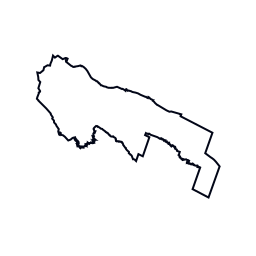 Valles pag., Vecumnieku, Latvia (Natural Earth projection), rotated 36°
{"feature_id": "27541924B9104709044918", "entity_name": "Valles pag.", "entity_type": "district", "adm_level": 2, "iso_a3": "LVA", "parent_name": "Latvia", "parent_adm1": "Vecumnieku", "projection": "natural_earth1", "projection_center": [24.836, 56.515], "detail": "fine", "context": "isolated", "style": "outline", "palette": "ink", "viewbox_px": 256, "rotation_deg": 36, "n_neighbors": 0, "source": "geoboundaries", "source_scale": "gbopen_adm2", "svg_char_len": 5878}
<svg xmlns="http://www.w3.org/2000/svg" viewBox="0 0 256 256"><g transform="rotate(36 128 128)"><path d="M234.0,136.9L224.7,105.2L218.8,103.6L216.2,103.1L214.1,103.0L211.7,103.1L205.3,103.0L199.1,82.2L163.7,87.6L163.1,85.6L162.3,85.9L162.4,86.2L162.1,86.2L162.1,86.4L160.9,86.4L153.3,89.2L151.9,90.5L148.8,91.1L138.4,92.0L138.2,92.2L135.3,91.9L133.4,91.4L132.1,91.4L132.0,90.9L131.8,91.1L130.6,90.9L129.2,91.3L128.7,91.1L127.5,91.1L127.3,90.9L126.2,91.0L126.5,92.1L125.4,92.3L124.2,92.2L123.7,92.6L118.5,93.8L115.8,94.1L113.4,94.9L110.3,96.3L109.1,96.4L106.3,97.4L106.0,98.0L105.1,97.9L103.9,97.5L103.7,97.6L103.7,97.9L104.2,99.4L102.6,99.3L100.6,99.5L100.2,100.0L94.9,101.1L92.3,104.3L91.4,104.8L91.4,105.0L88.6,106.9L87.0,107.5L86.2,107.5L83.7,108.6L81.0,109.1L80.9,109.3L78.6,108.7L77.5,108.6L77.5,108.8L75.7,108.3L74.9,108.8L74.1,108.6L70.6,109.1L68.2,108.8L61.7,105.8L59.0,105.0L56.2,104.7L54.1,104.9L53.9,105.5L52.7,105.4L51.4,107.1L48.8,109.7L48.9,109.9L47.8,110.8L46.1,110.9L45.6,111.1L38.9,110.8L37.9,109.7L38.9,109.3L38.4,107.4L37.2,107.6L36.3,108.1L34.7,110.7L28.9,110.7L28.6,110.9L27.5,114.0L24.8,113.5L26.7,118.2L27.5,121.7L28.3,123.3L26.0,124.6L24.8,127.4L24.4,128.0L25.6,131.0L24.5,135.2L22.0,136.4L25.5,139.6L27.3,141.8L30.0,142.4L32.1,148.5L35.2,149.8L35.5,150.3L35.0,151.6L35.3,151.7L36.5,156.3L37.1,157.9L39.3,158.3L39.4,158.5L50.3,160.2L57.0,161.7L57.6,162.4L60.9,163.6L61.2,165.0L63.7,165.5L65.0,167.0L67.7,167.5L68.6,168.2L72.6,169.6L73.6,171.8L76.2,173.8L76.9,173.7L76.8,173.3L75.7,173.0L74.8,172.3L74.8,172.0L75.7,171.5L76.5,171.6L76.4,171.9L77.6,173.0L79.7,172.1L82.1,172.2L87.0,173.2L88.4,171.1L88.9,169.0L89.3,168.2L90.7,166.6L91.3,167.1L91.2,167.3L91.9,167.4L91.6,168.0L91.3,167.9L91.1,167.4L90.8,167.6L90.8,167.9L91.7,168.7L93.1,169.1L94.2,169.0L95.2,168.7L94.0,168.1L93.9,167.9L94.2,167.8L96.1,168.3L96.3,168.5L96.2,168.6L95.8,168.7L96.6,169.2L95.7,169.5L95.6,169.8L96.4,170.0L96.5,170.3L96.2,170.6L97.0,170.7L96.9,171.0L96.4,171.3L97.1,171.9L97.9,171.4L98.6,171.8L98.8,171.3L99.3,171.2L99.4,171.4L99.1,172.0L100.2,171.5L100.9,172.3L101.4,172.3L101.4,172.0L100.9,171.6L100.8,171.3L102.1,170.9L102.4,170.7L101.1,170.6L101.0,170.4L102.0,169.8L102.3,170.2L102.9,170.2L102.8,169.3L103.4,169.1L103.5,167.7L103.8,167.7L103.7,167.9L103.8,168.0L104.5,167.5L103.8,167.4L103.7,167.2L104.7,167.0L104.4,166.8L104.4,166.5L103.8,166.6L103.3,166.1L103.9,165.9L103.7,165.4L104.0,165.1L104.6,165.6L104.9,165.5L104.9,165.0L104.4,164.6L104.6,164.0L104.3,163.8L104.5,163.7L104.9,163.8L105.3,163.7L104.9,163.4L105.5,163.4L105.4,163.1L105.5,162.9L106.4,162.4L106.7,162.0L106.6,161.4L107.5,161.5L108.4,160.8L108.0,160.7L107.9,160.3L108.5,160.6L108.6,160.1L108.1,160.2L108.0,159.9L108.6,159.6L107.5,159.2L108.1,159.1L107.6,158.7L108.2,158.7L108.6,158.2L108.4,157.7L107.9,158.0L107.6,157.8L107.8,157.4L108.4,157.6L107.8,157.2L108.2,156.9L107.3,157.0L107.5,156.6L107.1,156.6L106.9,156.9L106.9,157.1L106.6,157.3L106.4,157.1L106.6,156.8L106.5,156.7L105.4,156.7L106.2,156.4L106.4,156.4L106.4,156.2L105.4,156.0L105.1,156.1L104.7,155.8L105.4,155.7L104.7,155.3L105.0,155.2L104.9,155.0L105.2,154.6L103.4,153.3L103.1,151.6L103.9,151.5L103.5,149.8L102.6,150.3L101.5,149.5L101.3,149.2L100.8,149.1L100.5,148.6L100.5,148.4L100.6,147.0L101.0,145.1L102.0,144.7L102.4,144.8L102.4,144.5L105.3,144.4L106.3,144.5L107.7,143.9L108.4,144.1L111.6,144.1L112.4,144.4L113.0,144.1L113.7,144.3L114.1,144.0L114.8,144.0L115.9,144.5L116.7,144.4L116.7,144.6L116.9,144.7L118.9,144.9L119.9,144.5L120.3,144.0L121.0,143.9L121.2,143.5L121.7,143.7L123.6,143.5L124.4,143.8L124.9,144.3L124.8,144.5L126.0,145.6L126.8,145.4L126.9,145.0L127.4,144.9L128.1,144.3L128.7,144.5L129.4,143.9L129.4,143.6L130.6,143.4L130.8,143.0L131.2,142.9L131.9,143.2L132.1,143.5L132.7,143.4L134.4,144.7L135.0,144.7L135.7,145.1L136.0,145.1L137.7,145.7L138.1,145.5L138.8,146.2L140.4,146.6L142.8,146.8L143.5,147.9L143.8,147.8L144.3,148.0L144.8,147.9L145.5,148.2L145.8,148.0L147.2,148.2L150.4,150.3L150.8,149.9L152.4,149.6L153.4,149.7L153.4,149.9L154.0,150.0L151.8,143.0L156.6,142.2L150.7,122.9L146.0,123.7L145.5,121.6L146.0,121.6L146.9,121.2L147.7,121.1L147.6,120.9L148.2,120.6L148.2,120.4L148.3,120.2L149.3,120.1L150.2,120.2L157.3,118.1L160.1,118.0L160.3,117.9L160.2,117.4L160.7,117.0L160.8,117.4L161.1,117.4L161.4,117.1L162.0,117.1L162.3,116.8L162.6,117.1L163.3,116.5L164.0,116.9L164.0,116.5L164.4,116.4L164.5,116.6L165.1,116.7L165.1,116.4L165.3,116.2L165.4,116.5L165.8,116.3L166.0,116.6L166.3,116.3L166.8,116.4L167.1,116.2L167.3,116.7L167.6,116.5L167.9,116.7L168.4,116.3L168.7,116.3L168.5,116.6L169.0,116.7L169.6,116.1L169.7,116.5L170.1,116.6L170.2,116.8L170.5,116.5L170.7,116.8L171.0,116.6L171.5,116.8L171.7,116.6L172.4,116.7L172.1,116.9L172.3,117.1L172.8,117.2L172.8,116.9L174.0,117.4L174.3,116.7L173.6,116.5L174.1,116.2L174.5,116.1L174.0,116.0L174.2,115.7L174.8,115.8L175.8,115.5L175.7,115.6L175.9,115.7L175.8,116.0L176.5,116.2L176.5,115.9L177.1,115.9L177.3,115.6L177.8,115.9L178.0,116.4L177.7,116.7L177.9,116.8L178.2,117.0L178.0,116.7L178.3,116.5L178.6,116.7L178.6,117.0L180.1,116.8L180.6,117.1L180.6,117.3L181.1,117.7L183.9,116.9L184.8,119.5L184.8,120.1L185.0,120.1L185.0,119.6L185.2,119.8L185.2,120.1L186.5,120.4L186.4,120.8L186.5,121.0L187.2,121.4L187.6,121.0L188.8,121.4L189.4,121.2L189.2,121.5L189.7,121.8L190.5,121.6L191.0,121.8L193.4,119.2L194.2,119.3L195.3,118.7L196.7,118.6L196.8,119.3L197.4,120.2L196.7,120.3L195.7,120.9L195.7,121.0L195.9,121.3L196.1,120.7L196.3,121.0L196.9,120.7L197.2,120.9L196.9,121.0L197.0,121.4L197.8,121.2L197.7,121.0L198.2,121.0L198.4,120.9L198.1,120.7L198.6,120.5L200.0,120.4L199.9,120.1L200.9,119.8L200.7,119.6L202.2,119.1L202.0,118.8L203.4,118.9L203.5,119.2L204.9,118.7L206.3,117.5L206.6,117.6L206.8,118.0L206.8,118.3L207.1,118.8L207.5,118.6L207.5,118.4L208.0,118.4L208.4,118.2L208.3,117.9L208.8,117.6L209.6,117.5L216.2,139.5L234.0,136.9Z" fill="none" stroke="#020617" stroke-width="2"/></g></svg>